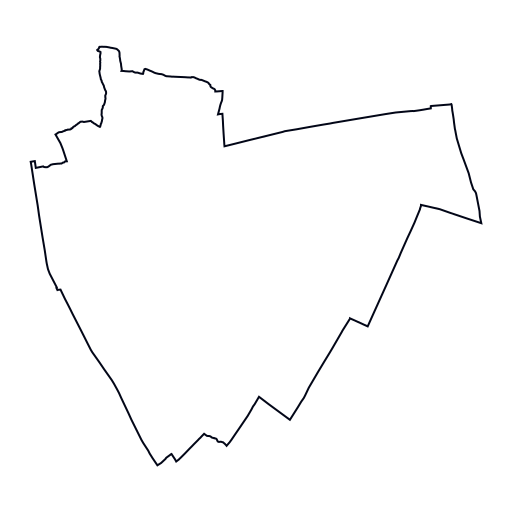 the district of Sapoca, Buzau, Romania
{"feature_id": "2599482B44441354479305", "entity_name": "Sapoca", "entity_type": "district", "adm_level": 2, "iso_a3": "ROU", "parent_name": "Romania", "parent_adm1": "Buzau", "projection": "albers", "projection_center": [26.759, 45.229], "detail": "fine", "context": "isolated", "style": "outline", "palette": "ink", "viewbox_px": 512, "rotation_deg": 0, "n_neighbors": 0, "source": "geoboundaries", "source_scale": "gbopen_adm2", "svg_char_len": 5796}
<svg xmlns="http://www.w3.org/2000/svg" viewBox="0 0 512 512"><path d="M481.3,223.2L479.9,216.6L479.5,211.0L476.5,195.5L476.0,193.2L475.1,191.4L473.3,189.3L471.0,182.4L468.7,173.3L463.4,158.9L462.7,157.1L461.2,153.1L459.0,145.8L456.9,138.8L456.8,138.5L455.7,132.8L455.3,130.6L454.9,128.9L454.0,122.3L453.7,119.4L453.1,115.4L452.6,112.3L452.3,110.7L452.1,108.5L451.6,104.7L451.3,104.1L449.8,104.5L431.1,106.0L430.8,106.1L430.8,108.4L427.0,109.0L423.7,109.6L419.4,110.3L416.6,110.7L413.7,111.1L412.8,111.0L410.7,111.1L395.7,112.5L385.4,114.1L357.9,118.7L333.0,122.9L330.1,123.5L323.2,124.6L309.9,126.9L296.6,129.3L284.8,131.2L282.7,131.9L266.9,135.8L248.5,140.3L236.6,143.3L224.5,146.3L224.3,144.1L223.6,133.8L223.1,125.6L222.9,121.0L222.4,113.8L219.4,114.1L218.5,114.3L218.0,114.4L219.5,108.7L219.8,107.2L220.1,105.9L220.5,104.5L221.1,102.7L221.7,101.3L222.1,99.9L222.3,97.6L222.4,95.8L222.5,94.0L222.6,92.4L222.6,91.0L222.4,91.0L217.5,91.4L215.3,91.5L215.3,90.6L215.2,90.3L214.9,89.7L214.6,89.2L214.0,88.8L213.0,88.4L211.9,87.7L211.4,87.4L211.0,87.1L210.6,86.6L210.4,86.0L210.3,84.9L209.7,84.5L209.0,83.8L208.7,83.3L208.4,82.9L208.0,82.6L206.9,82.0L206.4,81.8L205.9,81.6L205.2,81.4L202.8,80.4L202.3,80.2L201.5,79.9L200.9,79.9L199.8,79.8L198.4,79.3L198.2,79.1L197.7,78.9L196.7,78.5L196.3,78.4L195.9,78.2L195.2,77.8L194.0,77.3L193.6,77.2L193.2,77.1L192.7,77.1L192.4,77.1L191.6,77.1L190.9,77.6L190.7,77.5L187.6,77.4L185.1,77.2L180.6,77.0L176.0,76.8L174.0,76.7L172.0,76.7L170.7,76.5L166.3,76.2L165.0,75.7L164.0,75.1L163.2,74.7L161.7,74.2L161.2,74.1L159.7,74.0L158.3,73.8L157.1,73.5L155.8,73.2L154.3,72.7L153.8,72.4L152.4,71.7L151.1,71.1L150.2,70.8L148.0,69.8L147.0,69.4L145.4,68.9L144.5,69.2L143.9,70.7L143.7,71.4L143.3,72.1L143.3,73.1L143.0,73.9L142.8,73.9L140.3,73.5L138.8,73.0L137.6,72.6L136.3,72.6L135.3,72.6L134.4,72.3L133.4,71.8L132.6,71.3L132.4,71.2L129.4,71.5L125.2,71.2L123.7,71.0L121.5,70.9L121.7,70.4L121.7,69.9L121.7,69.1L121.2,66.1L121.1,65.2L121.0,63.8L120.2,60.7L120.1,59.5L119.8,57.7L119.7,57.2L119.5,56.3L119.6,55.8L119.5,52.8L119.2,51.6L118.9,51.0L117.1,49.3L116.5,48.9L115.3,48.6L114.3,48.4L112.9,48.1L111.9,47.9L111.7,47.9L110.9,47.8L109.2,47.4L106.5,46.9L104.9,46.8L103.4,46.8L101.9,46.7L100.6,46.8L100.1,46.9L99.6,46.8L99.3,47.0L99.1,47.6L99.0,48.0L98.5,48.9L98.1,49.3L97.5,49.7L97.2,50.0L97.5,50.5L97.8,50.9L99.0,51.3L99.5,51.4L100.5,52.0L100.5,52.3L100.5,53.5L100.1,55.1L100.0,56.3L99.9,57.0L100.0,57.7L100.3,58.7L100.3,60.5L100.1,61.3L100.1,61.8L100.3,62.5L100.3,62.8L100.2,63.3L100.1,64.0L100.2,64.6L100.2,66.2L100.1,66.6L100.1,68.5L100.0,69.1L99.6,70.3L99.3,71.2L99.5,72.5L99.6,73.5L99.9,74.9L100.3,76.5L100.7,78.1L100.8,79.1L101.1,79.7L101.5,80.4L101.7,81.0L101.7,81.5L101.8,81.9L102.4,82.9L103.0,84.2L103.3,84.8L103.7,85.4L103.9,86.1L104.1,87.2L105.1,89.9L105.5,90.6L105.9,91.2L106.0,91.6L106.1,92.6L106.1,93.3L105.9,94.1L105.3,95.5L105.2,96.0L105.4,96.8L105.3,97.3L105.5,98.0L105.5,98.8L105.1,100.4L104.9,101.9L104.8,102.5L104.4,103.6L104.1,104.6L103.7,105.2L102.9,106.0L102.8,106.3L102.8,107.5L102.7,107.9L102.3,108.9L101.8,109.8L101.7,110.7L101.7,111.6L101.7,113.4L101.6,113.8L101.5,114.2L101.6,114.8L101.6,115.2L101.7,115.6L102.1,116.7L102.4,117.3L102.4,117.8L102.4,118.7L102.1,119.6L101.9,121.1L101.2,123.4L100.8,124.0L100.7,124.8L100.4,125.7L100.2,126.6L99.9,126.9L98.5,126.2L97.7,125.8L96.3,124.8L96.0,124.6L95.6,124.2L95.0,123.9L94.0,123.4L93.3,122.9L92.9,122.5L92.5,122.2L91.9,122.0L91.6,121.6L90.8,120.9L83.9,122.0L82.5,121.6L80.7,121.7L80.1,122.0L79.3,122.7L78.8,123.1L78.4,123.2L77.6,124.0L76.6,124.7L75.7,125.3L75.0,126.0L74.5,126.3L73.7,126.6L73.2,127.0L72.8,127.6L72.4,128.1L71.5,128.3L71.4,128.8L70.4,129.4L68.9,129.6L67.7,129.6L66.8,130.0L65.3,130.2L65.2,130.6L63.8,131.1L63.2,131.3L62.5,131.6L62.0,131.9L61.5,132.0L61.1,132.0L59.1,132.2L58.1,132.7L56.2,134.1L55.5,134.5L60.4,143.1L62.5,148.3L63.4,150.9L65.4,157.0L66.8,161.3L65.1,161.4L64.5,162.0L63.9,162.5L63.6,162.5L62.9,162.6L61.6,163.5L60.3,163.5L59.2,163.7L57.8,163.7L53.0,164.2L50.7,164.8L50.0,165.4L48.4,166.6L47.1,167.2L45.7,167.2L44.6,167.1L43.8,166.9L43.2,166.4L35.8,167.9L34.8,161.1L30.7,161.8L31.2,164.5L34.2,184.1L37.7,205.6L39.1,215.7L42.5,237.0L44.7,250.0L46.4,261.5L46.8,263.8L47.7,267.9L48.0,269.2L49.7,273.7L56.9,287.6L56.8,288.0L56.5,288.1L57.4,290.0L57.6,289.9L60.5,289.6L65.0,299.0L67.4,303.6L70.0,308.7L72.5,313.8L81.1,330.6L87.7,343.7L90.8,349.8L92.3,352.3L99.4,362.3L104.0,369.1L111.7,380.0L113.9,383.6L117.1,389.4L119.0,393.0L121.1,397.7L128.5,413.3L131.5,419.9L141.5,440.0L143.3,443.1L148.2,450.6L149.7,453.6L151.1,455.8L152.4,457.9L157.4,465.3L161.1,463.0L165.5,458.9L166.2,457.8L170.3,454.8L170.7,454.4L171.5,454.0L175.0,459.3L176.2,461.5L179.0,459.4L179.4,458.9L180.5,457.9L182.3,456.1L185.0,453.4L189.7,448.5L191.9,446.3L194.0,444.1L196.8,441.3L197.3,440.8L198.0,440.1L198.9,439.1L199.4,438.6L200.2,437.9L200.6,437.5L201.1,436.9L204.1,433.8L205.7,435.0L207.0,435.9L209.7,436.1L210.9,436.7L211.6,437.4L212.3,437.7L213.6,438.0L214.1,438.0L214.3,438.1L214.4,438.3L214.6,438.3L215.7,438.5L216.4,438.9L216.7,439.3L217.7,441.4L218.2,441.7L218.7,441.9L219.4,441.9L220.2,441.8L220.8,441.7L221.9,442.0L222.8,442.3L223.1,442.3L224.2,443.3L224.9,443.9L226.3,445.4L226.6,445.8L228.9,443.1L229.6,442.3L231.3,440.0L235.5,433.8L238.8,429.0L247.7,415.9L251.5,409.4L252.6,407.2L253.1,406.3L254.6,404.3L259.0,396.8L268.7,404.2L289.9,419.8L298.0,407.0L301.2,401.7L303.8,398.0L305.1,395.5L308.8,387.7L318.0,372.0L324.2,361.7L329.7,352.7L332.2,348.5L342.1,331.4L342.3,330.9L350.1,318.5L350.1,318.4L350.3,318.5L353.9,320.1L367.7,326.4L372.1,316.6L387.0,283.6L397.4,260.4L398.7,258.0L400.7,253.1L407.4,238.0L410.7,231.0L414.5,222.6L416.4,217.9L420.0,209.2L420.0,208.7L421.0,205.8L421.0,204.9L439.8,209.2L450.6,213.0L467.9,218.8L481.3,223.2Z" fill="none" stroke="#020617" stroke-width="2"/></svg>